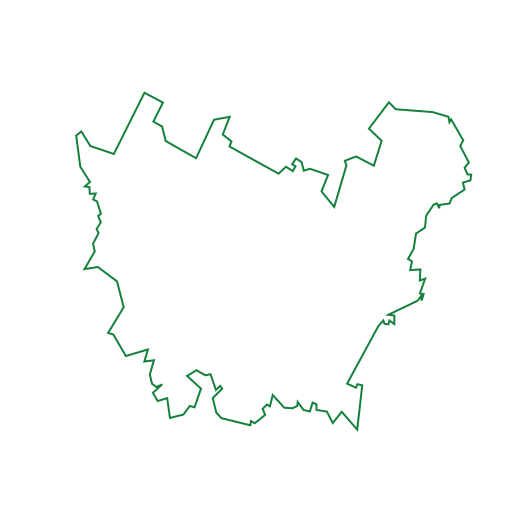 Juárez, Chiapas, Mexico, rotated 10°
{"feature_id": "50627088B99297205497031", "entity_name": "Juárez", "entity_type": "district", "adm_level": 2, "iso_a3": "MEX", "parent_name": "Mexico", "parent_adm1": "Chiapas", "projection": "robinson", "projection_center": [-93.174, 17.701], "detail": "medium", "context": "isolated", "style": "outline", "palette": "green", "viewbox_px": 512, "rotation_deg": 10, "n_neighbors": 0, "source": "geoboundaries", "source_scale": "gbopen_adm2", "svg_char_len": 1939}
<svg xmlns="http://www.w3.org/2000/svg" viewBox="0 0 512 512"><g transform="rotate(10 256 256)"><path d="M117.8,114.6L98.3,180.2L73.8,176.5L62.4,163.7L58.0,168.6L67.4,198.5L79.6,211.9L75.4,217.2L80.0,217.1L81.5,223.6L87.3,222.3L85.8,228.6L89.9,229.8L95.9,241.3L93.6,244.0L97.3,249.8L94.3,257.1L97.0,260.7L93.4,272.2L96.4,279.5L89.4,298.7L102.1,294.3L123.5,305.1L134.6,329.4L123.7,357.5L129.2,358.1L145.2,377.1L165.8,366.8L164.4,379.3L173.6,376.4L172.0,391.2L175.8,399.9L180.7,402.3L186.0,398.7L178.2,408.6L184.4,415.9L193.2,411.4L199.4,430.4L212.1,424.7L216.8,415.2L221.7,415.7L224.9,396.2L209.0,386.1L217.1,378.8L226.8,382.3L231.7,380.3L239.8,394.8L243.3,390.1L245.7,392.5L238.1,403.4L244.0,417.0L250.0,421.7L279.8,423.7L279.7,419.5L283.8,420.9L292.6,410.9L289.1,405.4L292.6,400.4L295.8,401.7L296.6,390.0L310.2,400.5L318.1,399.7L322.7,396.6L322.4,392.5L329.5,399.3L336.0,399.8L337.2,390.6L341.3,391.5L342.3,397.1L352.8,396.9L360.6,407.2L367.5,394.5L385.8,409.4L383.1,364.9L378.1,364.7L377.3,368.3L367.9,365.9L388.7,303.7L392.6,297.4L394.4,300.5L398.2,300.3L398.6,296.4L404.0,299.0L402.6,290.6L396.5,290.9L422.9,272.0L425.7,266.5L426.8,271.2L427.7,264.4L423.9,264.5L426.5,248.9L421.6,251.7L420.2,240.7L410.3,243.1L410.6,234.2L406.2,232.5L410.0,221.6L409.7,206.1L417.5,198.6L416.6,186.7L422.0,174.6L424.9,172.8L428.3,177.1L427.6,173.9L437.5,170.7L438.7,164.9L449.9,154.3L447.0,147.8L454.0,144.3L453.8,138.5L450.1,138.9L446.1,132.9L449.4,126.9L438.0,112.2L440.0,106.1L424.4,87.5L423.3,90.6L421.4,85.5L405.1,83.6L368.1,87.2L360.2,81.6L345.1,111.0L359.7,120.7L356.4,146.6L337.3,140.6L327.0,146.8L329.3,151.2L324.5,194.1L309.3,181.0L312.9,163.7L294.0,160.7L288.3,163.7L284.6,155.6L278.5,153.0L275.6,159.4L279.3,160.8L277.5,166.0L270.0,162.9L263.9,171.0L210.9,152.8L211.9,147.4L202.2,142.2L205.9,123.5L191.0,129.1L180.0,170.1L147.2,158.5L141.0,144.8L131.6,141.4L137.7,121.1L117.8,114.6Z" fill="none" stroke="#15803d" stroke-width="2"/></g></svg>